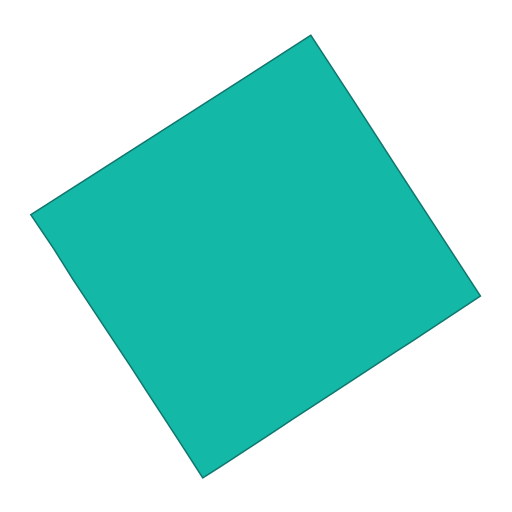 Winnebago, Wisconsin, United States of America (Equal Earth projection), rotated 147°
{"feature_id": "52423323B37520871784820", "entity_name": "Winnebago", "entity_type": "district", "adm_level": 2, "iso_a3": "USA", "parent_name": "United States of America", "parent_adm1": "Wisconsin", "projection": "equal_earth", "projection_center": [-88.588, 44.069], "detail": "fine", "context": "isolated", "style": "filled", "palette": "teal", "viewbox_px": 512, "rotation_deg": 147, "n_neighbors": 0, "source": "geoboundaries", "source_scale": "gbopen_adm2", "svg_char_len": 422}
<svg xmlns="http://www.w3.org/2000/svg" viewBox="0 0 512 512"><g transform="rotate(147 256 256)"><path d="M89.6,100.2L89.8,255.5L89.6,332.4L89.8,411.3L173.1,411.6L422.4,413.3L421.7,372.8L422.3,335.3L422.1,316.2L421.7,271.4L421.3,229.3L421.4,203.0L421.3,143.9L421.5,98.9L399.2,98.7L397.4,98.7L338.5,98.9L316.1,99.2L255.7,99.3L190.6,99.6L172.5,99.5L89.6,100.2Z" fill="#14b8a6" stroke="#0f766e" stroke-width="1.5"/></g></svg>